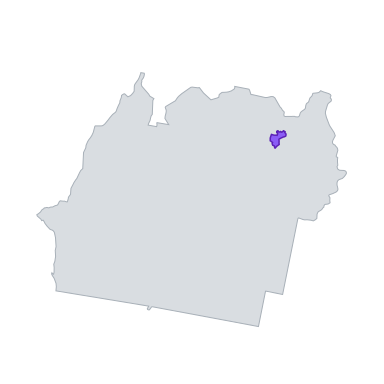 Assalaya, Eastern Darfur, Sudan (highlighted), rotated 191°
{"feature_id": "16777658B59060398252798", "entity_name": "Assalaya", "entity_type": "district", "adm_level": 2, "iso_a3": "SDN", "parent_name": "Sudan", "parent_adm1": "Eastern Darfur", "projection": "albers", "projection_center": [26.009, 11.71], "detail": "fine", "context": "in_parent", "style": "filled", "palette": "violet", "viewbox_px": 384, "rotation_deg": 191, "n_neighbors": 0, "source": "geoboundaries", "source_scale": "gbopen_adm2", "svg_char_len": 5075}
<svg xmlns="http://www.w3.org/2000/svg" viewBox="0 0 384 384"><g transform="rotate(191 192 192)"><path d="M265.0,299.4L261.6,299.5L261.2,298.7L261.2,296.5L261.5,294.8L262.7,292.2L262.3,290.7L262.5,288.6L261.5,286.3L253.2,279.8L251.6,278.0L247.2,276.4L247.9,274.4L245.8,260.6L246.6,259.0L246.8,256.6L246.8,254.4L247.7,250.9L247.8,249.3L239.2,249.4L239.1,251.0L239.6,252.7L239.6,253.4L227.7,253.7L232.6,259.0L232.8,261.4L232.6,264.4L232.7,266.3L233.0,267.5L234.4,269.9L234.3,270.4L234.0,271.0L225.7,278.4L224.3,281.8L223.2,283.6L220.8,286.6L213.2,294.5L211.9,295.0L206.0,295.4L205.4,295.6L205.0,295.9L204.7,295.9L199.6,291.4L191.0,286.1L185.4,289.0L183.8,290.1L183.9,292.7L183.0,294.0L181.5,295.5L177.4,296.5L175.2,297.3L172.6,298.8L170.1,301.3L169.9,302.6L170.2,303.8L155.8,303.8L154.9,302.9L152.7,298.9L151.3,299.1L138.1,298.7L136.3,299.1L132.5,300.8L130.6,301.1L128.7,300.3L121.8,292.3L120.3,291.3L118.7,289.4L117.2,288.6L116.7,287.9L116.6,287.1L116.6,285.3L116.1,284.2L115.0,283.9L105.8,285.8L104.5,285.6L102.5,285.9L101.8,286.2L101.1,287.3L100.9,289.5L100.7,290.6L100.0,291.8L97.3,294.6L96.7,295.7L96.8,298.8L96.6,300.3L96.2,301.0L95.1,302.1L94.7,302.8L94.2,306.7L92.7,309.0L92.4,309.8L92.3,311.5L92.0,312.0L87.8,313.3L86.3,314.1L85.3,315.5L85.0,316.0L83.2,315.5L80.9,315.2L76.5,314.7L74.8,314.1L74.0,313.2L74.3,310.8L73.8,310.3L73.1,309.9L72.7,308.9L72.8,307.7L75.1,305.0L75.6,303.6L76.3,296.8L76.1,294.7L74.3,290.9L70.2,284.3L69.2,283.0L64.0,277.6L63.4,276.8L62.1,274.5L63.6,269.5L63.7,268.1L63.3,266.7L62.0,265.6L60.8,265.5L59.3,264.1L58.3,263.5L57.4,262.3L56.8,260.7L57.3,254.8L57.0,254.0L55.7,253.8L55.4,253.3L55.5,252.2L54.8,248.8L54.0,246.1L54.5,244.5L53.4,242.4L51.3,241.5L47.1,242.1L45.8,242.0L44.9,241.6L44.3,240.8L44.0,239.9L44.3,238.6L45.5,236.1L47.0,234.0L50.0,232.2L50.9,231.2L51.3,230.1L51.4,228.9L51.2,227.5L50.9,226.3L50.1,224.7L49.3,222.7L49.3,221.5L49.7,220.6L50.5,219.5L53.5,217.3L56.5,215.6L57.1,214.9L56.9,214.2L55.5,212.7L55.1,209.8L54.4,207.8L55.9,206.3L57.1,205.8L58.8,205.3L59.5,204.7L59.8,203.5L59.7,202.3L60.4,201.5L61.2,199.7L61.9,198.8L64.3,196.7L64.8,195.3L65.0,194.0L64.4,189.9L65.7,188.2L67.4,186.8L69.9,187.0L73.7,186.7L76.3,186.1L78.1,186.2L82.3,186.9L82.8,186.6L83.0,185.5L83.5,108.7L100.7,108.8L100.9,108.6L101.1,72.6L208.8,71.8L209.7,71.6L211.3,68.2L212.1,68.0L213.2,68.2L213.6,68.9L212.7,71.7L306.7,69.0L307.1,73.1L308.0,76.3L310.8,80.9L313.2,83.4L314.1,84.7L314.2,85.4L314.1,86.0L313.4,85.3L312.2,84.9L312.1,87.1L312.9,91.6L313.9,94.7L313.4,97.7L313.6,102.7L315.1,108.6L315.0,112.4L317.3,121.2L319.4,126.1L320.6,127.3L321.8,127.9L324.1,128.2L327.5,130.6L330.3,133.1L331.3,134.5L332.7,135.9L333.5,135.6L334.1,135.2L335.0,136.4L339.3,138.9L340.0,140.1L338.6,141.4L336.9,143.5L336.1,145.5L335.7,146.1L334.3,147.4L334.1,148.0L333.5,148.4L332.9,148.5L331.4,149.2L330.1,149.0L328.8,149.5L328.4,150.0L327.3,150.4L325.9,150.7L323.8,152.4L321.9,153.3L321.3,154.0L320.4,157.3L319.7,158.2L316.8,158.4L315.5,158.7L313.5,158.4L312.6,158.5L312.4,159.2L312.2,162.1L312.3,163.3L310.8,166.5L311.5,172.5L310.1,177.1L309.9,178.1L308.5,181.7L307.7,183.1L306.0,189.8L305.3,191.9L303.7,194.1L306.0,210.1L304.7,215.1L304.9,217.7L304.0,221.7L303.3,223.6L302.1,225.9L301.1,228.4L300.3,231.7L299.9,237.8L299.6,238.4L294.5,239.4L292.9,239.8L291.8,240.6L290.5,242.2L288.1,246.6L286.8,249.3L284.7,253.0L282.3,255.7L281.8,257.0L281.5,259.3L280.7,263.0L279.9,265.7L280.1,267.8L279.4,271.5L279.6,273.3L278.8,274.3L277.6,275.3L276.8,275.5L273.1,273.2L270.7,274.9L269.1,277.4L268.0,279.8L268.8,284.8L268.8,286.0L268.5,287.2L266.2,292.2L265.6,294.5L265.0,298.5L265.0,299.4Z" fill="#d9dde1" stroke="#a8b0b8" stroke-width="1"/><path d="M125.0,257.2L124.2,256.9L122.9,256.2L122.4,256.0L122.6,255.0L122.4,254.6L122.4,254.4L122.0,253.9L121.9,253.8L121.9,253.7L121.7,253.3L121.4,253.3L121.2,253.2L120.1,253.0L120.0,252.9L119.9,252.8L119.9,252.7L119.7,252.4L119.7,252.2L119.5,251.8L119.3,251.6L119.3,251.4L119.3,251.2L119.0,251.0L118.9,251.0L118.7,251.0L117.6,253.0L116.2,254.5L115.5,255.3L115.7,256.0L115.8,256.3L116.0,257.0L116.2,258.5L116.7,260.2L116.4,260.9L115.6,261.3L115.3,261.6L115.2,261.7L114.6,262.2L113.8,262.7L113.3,263.1L112.7,263.5L111.9,263.8L111.1,264.4L110.7,264.7L110.6,265.4L110.7,266.5L111.0,267.1L111.5,267.6L112.3,268.0L112.3,268.4L112.1,268.9L112.2,269.0L112.5,269.0L113.0,269.2L113.3,269.4L113.7,269.6L113.8,269.6L114.0,269.4L114.1,269.1L114.1,268.9L114.4,268.8L114.6,268.7L114.8,268.4L115.0,268.0L115.2,267.9L115.6,267.8L115.8,267.9L116.0,268.1L116.4,268.2L116.7,268.3L116.8,268.2L116.9,267.8L117.0,267.7L117.4,267.6L117.8,267.6L118.1,267.6L118.4,267.8L118.9,268.2L119.1,268.4L119.3,268.5L119.5,268.5L119.8,268.1L119.9,267.9L120.0,267.9L120.3,267.8L120.4,267.7L120.3,267.2L120.2,266.8L119.8,267.1L119.7,267.1L119.2,266.0L119.1,265.6L119.0,265.3L119.3,263.8L119.7,263.8L120.3,263.9L120.5,263.8L120.7,263.7L121.4,263.6L121.8,263.5L122.2,263.5L122.7,263.5L123.0,263.5L124.3,263.6L124.6,263.7L125.0,263.7L125.1,263.3L125.1,263.0L125.1,262.8L125.3,261.9L125.5,259.9L125.0,257.2L125.0,257.2Z" fill="#8b5cf6" stroke="#5b21b6" stroke-width="1.5"/></g></svg>